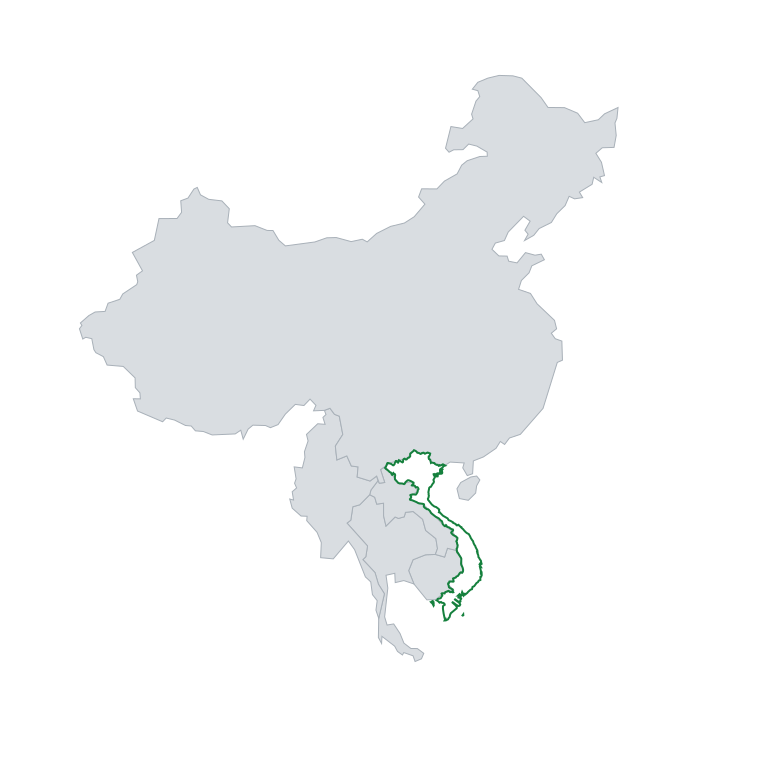 Vietnam shown with its bordering countries, rotated 348°
{"feature_id": "VNM", "entity_name": "Vietnam", "entity_type": "country or territory", "adm_level": 0, "iso_a3": "VNM", "parent_name": "Asia", "parent_adm1": "", "projection": "robinson", "projection_center": [106.111, 15.964], "detail": "fine", "context": "with_neighbors", "style": "outline", "palette": "green", "viewbox_px": 768, "rotation_deg": 348, "n_neighbors": 5, "source": "natural_earth", "source_scale": "50m", "svg_char_len": 11053}
<svg xmlns="http://www.w3.org/2000/svg" viewBox="0 0 768 768"><g transform="rotate(348 384 384)"><path d="M371.7,585.8L369.3,571.7L375.9,561.9L389.2,559.7L398.8,561.4L407.3,565.9L411.9,557.9L421.0,562.2L423.4,570.0L422.1,584.0L404.9,593.1L409.4,600.2L398.6,601.0L389.6,605.7L381.0,604.0L371.7,585.8Z" fill="#d9dde1" stroke="#a8b0b8" stroke-width="1"/><path d="M398.8,561.4L389.2,559.7L375.9,561.9L369.3,571.7L371.7,585.8L362.5,580.4L353.7,580.6L355.2,571.4L346.2,571.5L345.3,584.4L336.2,611.9L336.9,620.4L343.6,620.7L347.8,631.4L349.6,641.6L355.3,648.3L361.6,649.7L366.9,655.7L363.5,660.6L356.7,661.9L355.9,655.9L347.5,650.8L345.7,652.9L341.6,648.4L339.9,642.6L329.5,630.4L327.7,637.3L325.8,630.8L330.1,612.2L340.8,589.3L336.9,578.6L336.0,566.6L326.8,551.4L330.3,549.2L334.2,539.0L318.9,512.4L323.2,510.3L328.0,497.6L335.2,497.1L347.0,489.3L351.4,492.9L351.9,500.0L358.8,500.5L356.2,512.9L356.4,523.4L367.2,516.4L370.2,518.5L376.2,518.1L378.3,514.0L386.0,514.8L393.7,524.4L394.3,535.9L402.6,546.1L402.1,556.1L398.8,561.4Z" fill="#d9dde1" stroke="#a8b0b8" stroke-width="1"/><path d="M421.0,562.2L411.9,557.9L407.3,565.9L398.8,561.4L402.1,556.1L402.6,546.1L394.3,535.9L393.7,524.4L386.0,514.8L378.3,514.0L376.2,518.1L370.2,518.5L367.2,516.4L356.4,523.4L356.2,512.9L358.8,500.5L351.9,500.0L351.4,492.9L347.0,489.3L349.2,485.0L357.9,477.4L358.8,480.1L364.2,480.5L362.8,467.0L368.1,465.3L378.4,485.2L390.9,485.3L394.8,495.6L388.3,498.6L385.4,502.8L397.6,509.8L412.5,534.0L420.3,542.2L422.8,550.5L421.0,562.2Z" fill="#d9dde1" stroke="#a8b0b8" stroke-width="1"/><path d="M347.0,489.3L335.2,497.1L328.0,497.6L323.2,510.3L318.9,512.4L334.2,539.0L330.3,549.2L326.8,551.4L336.0,566.6L336.9,578.6L340.8,589.3L330.1,612.2L329.1,603.5L332.3,594.5L328.9,587.6L329.9,574.8L325.7,568.8L320.8,539.9L316.5,530.2L298.0,544.5L285.9,540.7L289.7,526.1L287.7,515.2L280.0,501.6L281.3,497.4L275.4,495.9L268.4,486.4L267.9,476.9L271.4,478.7L271.8,470.3L276.9,467.5L275.9,462.5L278.3,458.5L278.9,446.4L286.7,449.1L291.4,439.4L292.1,433.7L297.9,423.9L297.7,417.2L310.9,409.1L318.0,411.2L317.3,404.0L320.9,401.8L320.2,397.4L326.1,396.5L329.3,403.4L333.6,406.2L333.2,424.8L323.5,434.6L322.1,448.5L332.7,446.6L335.0,457.4L341.4,459.7L338.4,469.4L350.2,476.0L357.7,472.5L357.9,477.4L349.2,485.0L347.0,489.3Z" fill="#d9dde1" stroke="#a8b0b8" stroke-width="1"/><path d="M442.3,515.3L433.9,511.7L433.6,501.6L438.6,496.3L449.6,493.0L455.5,493.3L457.8,497.8L453.4,502.9L451.0,509.7L442.3,515.3ZM164.4,232.7L164.5,226.1L171.3,223.1L165.2,203.0L189.2,195.8L198.3,175.4L216.0,179.1L221.7,174.0L223.3,162.5L230.9,161.4L238.6,153.8L242.2,152.9L243.8,160.8L250.9,166.9L263.5,171.2L269.1,180.4L264.5,193.8L267.5,198.7L290.7,202.3L301.6,209.5L307.3,210.8L311.0,221.5L316.2,228.4L345.9,230.7L358.4,229.1L367.7,230.8L381.5,237.9L392.9,237.9L397.1,241.5L408.1,235.2L423.3,231.2L437.4,230.8L448.3,226.7L461.4,216.6L456.7,208.3L461.4,200.9L476.3,204.2L485.3,198.1L499.2,193.7L505.5,186.1L511.8,182.9L525.0,181.4L532.4,182.7L533.1,178.6L524.3,170.6L516.7,166.9L510.0,171.2L500.9,169.4L495.8,170.8L493.2,166.2L503.0,146.1L514.0,150.4L526.2,143.2L525.8,138.3L532.8,126.4L537.4,122.8L536.8,116.6L531.7,114.0L538.5,108.4L549.2,106.4L560.8,106.1L574.2,109.4L582.4,113.5L597.2,136.5L601.9,147.6L618.0,151.2L629.7,159.4L634.7,170.1L648.6,170.1L655.9,165.6L670.4,162.2L667.1,172.5L664.2,176.7L662.8,189.2L658.2,200.4L646.6,198.3L639.2,202.4L642.8,212.3L643.0,226.0L638.2,226.3L638.9,232.2L632.1,225.4L629.1,231.9L615.0,236.9L617.1,243.0L608.9,242.5L604.1,238.9L598.3,247.1L588.4,253.4L581.3,260.8L568.1,264.2L561.4,269.7L551.3,272.9L556.1,267.4L553.8,262.9L560.8,255.1L555.4,249.0L537.1,261.2L531.6,268.7L522.2,269.3L517.6,274.7L523.0,282.6L531.0,284.5L531.5,289.8L539.3,293.2L549.7,284.9L558.5,289.4L564.8,289.7L566.7,295.8L553.2,299.1L549.0,305.4L539.9,311.3L535.3,319.4L546.1,325.9L550.4,337.4L564.0,357.2L564.3,365.9L558.2,369.1L560.9,375.3L566.9,379.0L563.5,397.8L558.0,398.9L534.5,440.9L506.9,461.6L495.5,462.9L489.4,468.2L485.8,464.4L480.2,470.2L466.1,476.0L455.4,477.8L452.0,490.2L446.4,490.9L443.6,482.4L446.0,477.9L432.4,474.1L427.6,476.0L417.4,473.0L412.6,468.2L414.2,461.5L404.9,459.3L400.0,454.9L391.4,461.2L373.5,462.5L362.8,467.0L364.2,480.5L358.8,480.1L357.7,472.5L350.2,476.0L338.4,469.4L341.4,459.7L335.0,457.4L332.7,446.6L322.1,448.5L323.5,434.6L333.2,424.8L333.6,406.2L329.3,403.4L326.1,396.5L320.2,397.4L309.5,395.6L313.0,390.7L308.5,383.4L301.2,388.4L293.0,385.5L281.3,392.9L271.9,401.7L263.8,403.1L259.5,400.0L247.2,397.0L241.7,399.9L234.8,408.7L234.3,399.4L228.1,401.9L205.3,398.1L197.4,392.9L189.8,390.6L186.7,385.0L181.2,383.3L171.6,375.7L163.9,372.0L159.6,374.9L137.3,359.2L135.7,346.3L142.6,347.9L143.4,341.9L140.0,335.9L141.8,326.3L132.6,312.6L117.1,307.9L115.2,298.9L108.7,293.5L107.4,290.1L107.6,278.9L102.0,276.3L98.7,277.4L97.6,266.6L100.7,263.9L99.7,261.2L109.5,255.7L116.4,253.5L126.3,255.0L130.9,247.6L143.2,246.2L147.2,241.6L162.8,235.4L164.4,232.7Z" fill="#d9dde1" stroke="#a8b0b8" stroke-width="1"/><path d="M426.8,476.5L425.2,476.7L424.1,477.7L423.4,478.2L422.3,478.6L421.1,479.2L420.8,480.2L420.6,481.9L418.6,483.1L418.1,483.0L417.7,482.5L417.2,482.6L416.8,482.8L416.3,482.8L415.8,483.1L415.2,483.0L414.2,482.5L413.8,482.5L413.7,483.0L414.3,484.8L414.5,485.6L412.4,488.1L412.6,489.6L412.1,490.8L410.8,491.8L408.5,494.3L407.5,494.4L406.7,494.9L404.9,499.1L404.9,500.5L404.6,501.5L404.7,502.5L403.9,504.4L403.1,505.3L403.0,506.3L405.7,511.8L407.5,514.0L408.3,514.6L409.3,515.1L411.0,517.0L411.9,518.3L411.5,519.1L411.7,521.0L410.4,520.4L410.6,520.6L412.1,521.6L414.3,525.1L418.3,528.7L418.9,530.6L420.7,531.8L422.7,533.6L422.6,534.0L424.4,535.4L425.3,536.4L425.6,537.3L426.1,537.5L426.6,537.3L427.6,537.2L428.2,538.3L429.0,539.2L429.4,540.0L429.7,539.9L430.0,540.1L430.2,541.2L431.3,542.6L431.9,543.9L433.2,546.0L434.2,547.2L435.7,548.4L436.5,550.7L436.9,552.8L437.8,555.1L438.4,556.2L438.5,558.1L439.0,560.1L439.6,561.4L439.7,562.7L440.7,566.2L440.6,567.3L440.1,566.3L440.2,569.4L440.6,571.0L440.4,573.0L440.8,573.7L441.5,576.0L442.0,576.8L442.0,579.6L442.2,581.0L441.6,580.1L441.1,579.2L440.5,579.7L439.9,580.4L440.8,583.4L439.8,583.1L439.9,587.1L440.3,588.1L440.3,588.5L440.2,589.1L439.9,588.5L439.9,587.9L439.7,588.0L439.7,588.3L439.4,589.0L439.3,589.9L439.7,590.7L439.7,591.2L439.0,592.7L438.1,592.8L437.5,595.8L435.8,596.0L434.6,597.4L433.1,597.9L431.7,599.2L430.2,600.5L428.4,600.9L427.4,603.0L425.8,603.2L422.9,604.9L422.0,605.7L421.1,606.1L419.8,606.8L419.1,605.9L418.0,605.6L417.5,604.9L417.2,603.7L416.9,604.2L416.8,606.3L416.6,606.8L416.1,607.0L415.2,606.4L414.3,605.2L413.0,606.0L414.0,606.0L414.4,606.2L414.8,607.0L414.8,607.5L414.6,608.0L413.4,608.1L411.6,607.9L413.0,608.7L414.3,609.2L414.9,609.7L414.9,610.1L414.2,610.7L413.6,611.5L413.6,612.6L412.9,613.1L412.6,613.0L411.4,612.2L408.2,608.8L408.7,609.8L412.0,613.5L412.6,614.8L412.7,615.7L411.8,616.6L410.7,616.6L408.9,615.2L406.0,611.9L405.1,611.4L408.0,615.3L408.4,616.2L408.9,617.3L408.5,618.5L401.7,622.1L400.6,623.6L399.8,625.5L398.5,626.5L397.7,627.5L395.4,628.1L394.1,627.9L395.4,626.1L394.6,625.5L394.6,621.0L394.9,616.1L395.5,613.6L396.4,613.0L397.5,612.6L397.5,612.1L397.4,611.5L396.8,610.7L396.1,610.3L395.2,610.1L394.5,609.1L393.9,609.1L393.0,609.5L392.5,609.0L392.3,608.3L390.6,606.6L391.0,606.5L392.0,605.4L394.6,605.3L395.0,605.2L396.3,603.7L397.0,603.2L397.1,602.8L396.7,601.0L397.0,600.8L398.2,600.9L399.7,601.5L400.7,600.3L403.7,599.8L404.3,599.8L405.3,601.3L405.5,601.4L406.2,601.1L407.8,602.1L408.5,602.1L408.2,600.6L408.5,599.6L408.5,599.3L405.7,596.9L405.3,596.3L405.3,594.0L405.1,593.2L405.3,592.3L406.1,592.1L406.9,590.8L407.9,590.9L410.3,591.7L410.9,591.7L411.1,591.5L411.1,588.6L411.9,588.4L414.0,588.2L414.7,587.4L416.4,587.1L418.7,584.8L419.3,584.4L420.0,584.2L420.5,584.3L421.1,584.9L421.7,584.5L422.3,583.7L422.6,582.9L422.8,581.7L422.7,579.7L422.0,577.1L422.0,575.9L423.3,571.1L423.2,570.2L421.1,564.6L420.8,564.3L420.5,563.1L420.8,560.2L421.7,559.3L422.6,556.9L422.4,556.3L422.3,555.0L422.4,554.3L422.0,553.1L422.2,552.6L422.8,552.2L423.6,550.6L423.8,549.8L422.8,548.2L420.5,546.3L419.9,545.6L419.0,544.1L418.8,543.4L419.0,543.0L420.7,542.0L421.1,541.7L421.2,541.1L421.1,540.6L420.1,540.1L419.3,539.5L417.8,537.8L416.3,537.0L415.9,536.5L415.5,535.1L415.3,534.9L414.4,535.8L413.9,535.7L413.5,535.3L413.3,534.8L412.4,533.5L412.2,530.8L411.9,529.9L411.2,529.4L410.2,527.7L409.6,526.8L406.9,524.5L403.7,520.7L403.0,519.6L402.6,517.9L401.3,515.9L400.7,515.6L400.0,515.4L398.3,513.7L397.8,512.9L397.5,512.4L397.5,511.9L397.8,510.9L398.1,510.4L398.1,510.0L397.8,509.7L396.6,509.1L393.7,508.2L392.7,507.6L391.0,506.1L387.6,503.7L385.6,502.8L385.4,502.4L385.4,502.0L386.7,501.0L387.1,500.3L387.0,499.3L386.6,498.4L386.8,498.0L389.1,497.9L392.0,498.8L392.4,498.7L394.0,497.1L394.6,496.1L394.8,495.3L395.1,494.8L395.9,494.0L395.9,493.3L395.5,492.2L395.1,491.8L394.8,491.7L393.6,491.8L393.4,491.6L393.2,490.4L392.8,489.8L391.5,489.4L390.5,489.2L390.2,489.0L390.6,488.5L391.9,487.7L392.3,487.2L392.4,486.6L390.1,484.6L388.5,483.5L387.5,483.1L387.0,483.2L385.3,484.1L384.4,484.7L383.6,485.8L382.8,486.1L381.1,485.1L378.5,484.4L377.4,483.8L375.2,480.1L374.9,479.4L375.3,477.3L375.5,476.6L375.9,475.8L376.0,475.2L375.9,474.5L375.6,474.1L374.8,473.9L374.6,473.0L374.4,473.1L374.1,474.2L373.8,474.6L373.3,474.7L373.0,474.6L372.8,474.2L372.5,472.5L372.2,471.9L371.2,471.3L370.8,470.5L369.4,468.7L368.2,467.4L367.6,466.3L368.7,465.3L370.1,463.2L370.5,462.5L370.7,462.2L371.1,462.0L371.6,462.1L373.6,463.2L374.7,463.9L375.8,465.3L376.3,465.5L376.5,465.5L377.8,464.4L377.9,463.8L379.2,462.4L379.5,461.8L379.8,461.8L380.1,461.9L381.2,463.8L381.5,463.9L381.8,463.6L382.2,462.2L382.7,461.6L385.7,464.5L386.0,464.4L386.3,464.3L386.5,463.9L386.7,463.0L387.1,462.0L388.0,461.4L388.7,461.3L389.6,462.4L390.4,462.5L391.9,461.4L392.4,461.2L393.5,461.1L394.6,460.1L395.0,457.9L395.3,457.5L398.6,455.8L399.5,455.0L400.3,455.5L401.2,456.3L401.7,456.9L402.3,458.2L403.7,458.7L405.2,460.0L406.4,459.8L406.8,459.4L408.3,459.4L408.7,459.6L409.3,460.6L409.6,460.7L412.3,460.1L413.1,460.5L414.7,461.6L413.9,463.3L413.2,463.9L412.7,464.1L412.4,464.9L412.3,466.1L412.4,466.8L413.3,467.4L413.5,467.9L413.5,471.0L414.2,470.8L415.7,471.3L416.2,471.7L416.7,471.7L417.0,472.0L417.2,472.7L417.6,473.2L418.8,474.1L419.7,474.2L420.5,475.4L421.4,475.0L421.7,475.5L423.5,475.3L424.7,474.8L425.1,474.9L426.8,476.5ZM386.9,606.9L387.1,607.4L387.0,608.8L386.6,610.1L386.7,610.7L386.4,611.1L385.7,608.6L384.8,607.5L384.6,607.1L385.2,607.1L386.1,606.4L386.5,606.4L386.9,606.9ZM423.1,480.0L421.6,481.4L421.1,481.4L421.6,479.7L421.8,479.3L422.7,479.9L423.1,480.0ZM417.3,485.5L416.9,485.5L416.1,484.6L416.5,484.1L417.4,484.4L417.6,484.6L417.6,484.8L417.3,485.5ZM422.3,483.4L421.7,483.7L421.0,483.6L421.8,483.1L422.2,482.4L422.6,482.1L422.6,482.7L422.3,483.4ZM415.6,484.7L415.5,484.9L414.6,484.1L414.9,483.3L415.5,484.2L415.6,484.7ZM418.8,606.8L418.0,607.5L417.9,606.9L418.7,606.5L418.9,606.2L419.1,606.2L418.8,606.8ZM413.5,626.7L412.9,626.9L412.7,626.7L413.6,625.9L413.5,626.7Z" fill="none" stroke="#15803d" stroke-width="2"/></g></svg>